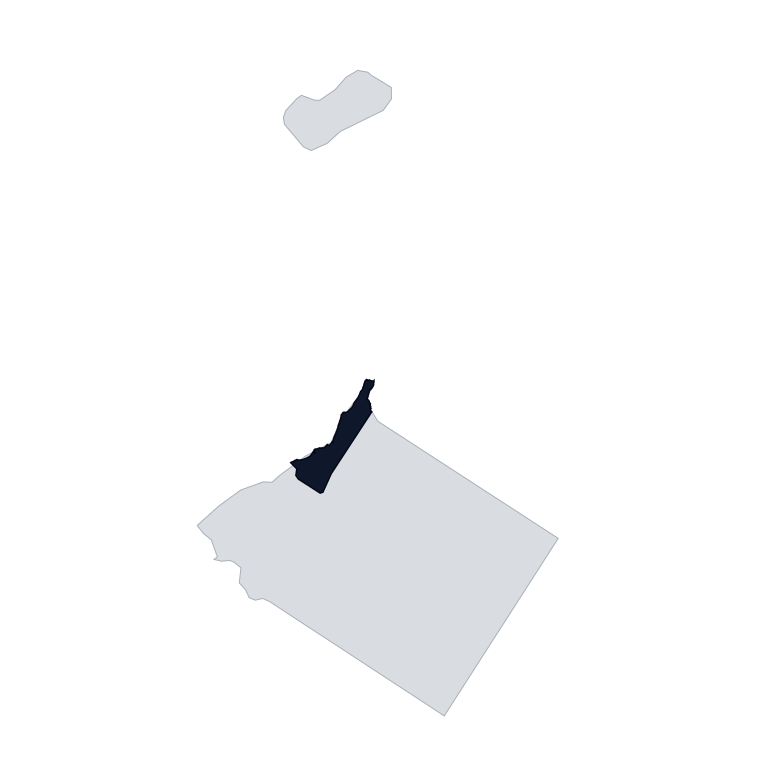 Bata, Litoral, Equatorial Guinea (highlighted), rotated 33°
{"feature_id": "11065452B98139425844484", "entity_name": "Bata", "entity_type": "district", "adm_level": 2, "iso_a3": "GNQ", "parent_name": "Equatorial Guinea", "parent_adm1": "Litoral", "projection": "robinson", "projection_center": [9.804, 2.002], "detail": "fine", "context": "in_parent", "style": "filled", "palette": "ink", "viewbox_px": 768, "rotation_deg": 33, "n_neighbors": 0, "source": "geoboundaries", "source_scale": "gbopen_adm2", "svg_char_len": 6161}
<svg xmlns="http://www.w3.org/2000/svg" viewBox="0 0 768 768"><g transform="rotate(33 384 384)"><path d="M614.2,418.6L614.4,460.5L614.6,495.8L614.8,534.1L615.0,573.9L615.2,607.7L615.3,629.6L582.7,629.4L539.3,629.3L496.0,629.1L452.6,629.0L430.8,628.9L406.9,628.8L399.1,629.9L393.8,635.4L387.4,636.7L380.0,632.0L371.0,629.7L368.6,624.9L364.1,616.0L355.2,615.1L350.7,616.0L344.3,621.1L337.0,623.7L338.4,619.7L324.1,608.8L313.8,607.7L304.4,604.4L312.0,576.0L321.6,550.9L336.0,531.9L343.6,527.4L346.1,518.0L357.5,487.1L371.5,462.0L367.2,436.6L370.5,393.9L374.6,395.1L375.2,399.1L376.3,405.1L381.6,410.4L399.1,418.6L451.3,418.6L482.4,418.6L528.4,418.6L577.2,418.6L614.2,418.6ZM200.8,131.3L204.7,132.0L228.6,131.3L235.0,140.9L234.3,154.9L209.8,195.9L205.2,213.2L195.7,227.9L187.4,229.0L159.2,220.5L154.4,215.2L152.7,208.2L155.5,191.9L157.5,186.9L171.1,183.8L175.5,181.1L182.8,163.5L185.1,147.4L191.2,135.3L200.8,131.3Z" fill="#d9dde1" stroke="#a8b0b8" stroke-width="1"/><path d="M388.9,413.2L388.8,413.8L388.7,414.0L388.3,414.3L388.0,414.1L387.9,414.1L387.7,414.1L387.4,414.0L387.3,413.7L387.1,413.3L387.0,413.2L386.6,412.8L386.4,412.5L386.4,412.4L386.4,412.0L386.5,411.8L386.5,411.7L386.4,411.5L386.3,411.4L386.0,411.3L385.8,411.3L385.5,411.2L385.3,411.0L385.2,410.7L385.2,410.4L385.1,410.1L384.8,410.2L384.7,410.2L384.4,410.2L384.1,409.4L384.0,409.5L383.9,409.4L383.8,409.2L383.7,409.1L383.7,408.8L383.7,408.7L383.5,408.4L383.4,408.0L383.3,407.9L383.0,407.8L382.8,407.7L382.4,407.6L381.5,407.2L381.3,407.1L381.2,406.9L381.0,406.6L380.9,406.6L380.6,406.3L380.2,406.2L379.9,406.1L379.6,406.0L379.4,406.0L378.8,405.8L378.7,405.8L378.4,405.7L378.1,405.5L378.1,405.8L378.1,406.1L378.1,406.3L377.9,406.4L377.8,406.2L377.8,405.6L377.8,405.4L377.8,405.2L377.7,404.9L377.7,404.3L377.6,404.0L377.6,403.8L377.6,403.6L377.5,403.4L377.3,403.0L377.2,402.9L377.0,402.2L376.9,401.5L376.8,401.2L376.6,401.0L376.5,400.8L376.4,400.4L376.3,399.8L376.2,399.5L376.2,399.3L376.0,399.0L375.9,398.8L375.8,398.6L375.8,398.2L375.7,397.6L375.5,397.4L375.4,397.3L375.2,397.3L375.0,397.1L375.0,396.8L375.1,396.6L375.4,396.4L375.5,396.3L375.5,395.8L375.7,395.6L375.9,395.7L375.9,395.4L376.0,395.2L376.0,394.7L376.1,393.7L376.1,393.0L376.0,392.3L376.0,391.8L376.0,391.7L375.9,391.3L375.9,391.1L375.9,390.9L375.7,390.7L375.7,390.3L375.6,390.1L375.5,389.9L375.1,389.2L374.7,388.8L374.7,388.7L374.7,388.2L374.4,387.8L374.3,387.5L374.2,387.3L374.0,387.1L373.8,386.8L373.7,386.6L373.6,387.0L373.4,387.3L373.2,387.5L372.6,387.7L372.4,388.0L371.9,388.2L371.6,388.3L371.2,388.5L370.5,388.5L370.2,388.5L369.8,388.5L369.7,388.5L369.4,388.8L369.2,389.2L369.1,389.4L369.0,389.5L368.7,389.5L368.7,389.4L368.6,389.5L368.4,389.7L368.2,389.6L367.9,389.5L367.7,389.6L367.5,389.8L367.4,389.8L367.2,389.9L366.9,389.8L366.8,390.1L366.7,390.3L366.7,390.5L366.7,390.8L366.6,391.0L366.5,391.3L366.5,391.6L366.5,391.8L366.6,392.2L366.7,392.4L366.8,392.5L366.8,392.8L366.9,393.1L366.9,393.3L367.0,393.6L367.1,393.9L367.1,394.2L367.3,394.8L367.4,395.2L367.5,395.4L368.0,396.7L368.1,397.8L368.2,398.3L368.6,399.5L368.8,400.4L368.9,401.1L368.8,401.4L368.7,402.0L368.5,402.6L368.5,403.1L368.6,403.7L368.7,404.1L369.2,406.3L369.3,407.4L369.5,408.7L369.6,409.3L369.6,409.9L369.5,410.2L369.6,411.3L369.5,412.2L369.5,412.6L369.4,413.1L369.5,413.6L369.3,414.4L369.3,414.9L369.3,415.7L369.3,416.3L369.4,416.6L369.6,417.9L369.7,418.5L369.9,419.1L370.0,419.9L369.9,420.5L369.8,421.8L369.5,422.8L369.5,423.4L369.4,423.6L369.3,423.9L369.1,424.4L369.0,424.6L369.0,425.2L369.0,425.5L369.0,425.8L368.9,426.0L368.8,426.4L368.7,426.6L368.6,426.8L368.5,427.1L368.4,427.3L368.0,428.0L367.8,428.2L367.5,428.5L367.3,428.6L367.0,429.1L366.9,429.2L366.8,429.3L366.5,429.2L366.3,429.2L366.2,429.2L365.8,429.4L365.7,429.5L365.4,429.9L365.3,430.0L365.3,430.3L365.2,430.7L365.1,430.8L365.2,431.0L365.4,431.7L365.4,431.9L365.3,432.0L364.9,432.5L364.9,432.8L365.0,432.9L365.2,433.5L365.4,434.2L365.5,434.3L365.8,434.7L365.9,434.9L366.0,435.2L366.0,435.6L366.1,435.9L366.3,436.0L366.4,436.3L366.6,436.5L366.6,436.9L366.6,437.1L366.7,437.7L367.0,439.0L367.1,439.6L367.5,440.5L367.6,440.8L367.7,441.2L367.8,442.0L368.0,443.0L368.2,443.6L368.4,444.1L368.6,444.5L368.7,444.9L368.8,445.1L369.2,445.5L369.3,445.7L369.2,445.8L369.2,446.2L369.3,446.8L369.6,447.6L369.9,448.9L370.2,450.6L370.5,451.7L370.6,452.5L370.8,453.8L370.9,454.3L370.9,454.7L371.3,456.4L371.4,456.9L371.6,457.2L371.9,458.0L372.0,458.6L372.1,458.8L372.3,459.0L372.5,459.1L372.7,459.4L372.7,459.8L372.6,460.0L372.6,460.5L373.0,460.8L373.2,461.1L372.9,461.1L372.7,460.9L372.5,460.2L372.3,459.8L372.3,459.7L372.2,459.7L372.1,459.8L372.0,460.1L372.1,460.8L372.0,461.2L372.1,461.6L372.1,462.2L372.0,462.8L371.9,463.1L371.9,463.6L371.8,464.0L371.7,464.9L371.3,465.3L370.8,465.5L370.5,465.6L370.2,465.7L369.6,465.5L369.4,465.6L369.4,465.9L369.4,466.2L369.4,466.6L369.3,466.8L369.2,467.0L369.0,468.5L369.0,468.9L368.8,469.4L368.5,470.0L368.2,470.5L367.7,470.9L367.3,471.1L367.1,471.1L366.9,471.3L366.8,471.6L366.6,472.1L366.4,472.2L366.2,472.2L365.9,472.1L365.5,472.3L364.9,472.6L364.5,473.0L364.4,473.2L364.3,473.5L364.2,473.6L364.1,473.8L363.9,473.8L363.8,474.1L363.7,474.4L363.6,474.9L363.7,475.1L363.5,475.3L363.2,475.2L362.8,475.2L362.5,475.3L362.1,475.7L361.9,475.9L361.6,476.3L361.5,476.5L361.3,477.1L361.3,477.4L361.4,477.9L361.5,478.1L361.9,478.3L362.6,478.5L362.8,478.6L363.0,478.8L363.3,478.8L363.5,478.9L363.6,479.0L363.9,479.4L363.9,479.6L363.7,479.6L363.6,479.3L363.3,479.1L363.1,479.1L362.9,478.9L362.6,478.8L362.2,478.6L361.6,478.5L361.5,479.4L361.6,480.4L361.6,480.9L361.4,482.5L361.5,483.5L361.4,484.2L361.2,484.9L360.9,485.6L360.6,486.3L359.8,487.7L359.3,488.6L358.2,490.0L357.9,490.6L357.1,491.3L356.4,492.2L355.7,492.9L354.9,493.6L354.6,493.7L354.1,494.2L353.7,494.4L353.4,494.6L353.0,494.6L352.8,494.5L352.7,494.5L352.4,494.6L352.1,494.8L351.9,495.0L351.6,495.6L351.3,496.1L351.1,496.6L350.8,496.7L350.7,496.8L350.6,497.3L350.2,498.3L350.0,498.6L349.7,499.1L349.5,499.3L349.4,499.3L349.0,499.7L348.8,500.2L348.6,500.8L357.1,502.7L359.9,508.7L363.9,510.4L389.9,510.3L391.3,508.4L391.7,508.2L388.6,487.9L388.9,413.2Z" fill="#0f172a" stroke="#020617" stroke-width="1.5"/></g></svg>